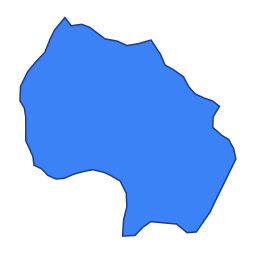 outline of São Sebastião de Lagoa de Roça, Paraíba, Brazil, rotated 182°
{"feature_id": "56859067B7602471111252", "entity_name": "São Sebastião de Lagoa de Roça", "entity_type": "district", "adm_level": 2, "iso_a3": "BRA", "parent_name": "Brazil", "parent_adm1": "Paraíba", "projection": "natural_earth1", "projection_center": [-35.852, -7.089], "detail": "fine", "context": "isolated", "style": "filled", "palette": "blue", "viewbox_px": 256, "rotation_deg": 182, "n_neighbors": 0, "source": "geoboundaries", "source_scale": "gbopen_adm2", "svg_char_len": 856}
<svg xmlns="http://www.w3.org/2000/svg" viewBox="0 0 256 256"><g transform="rotate(182 128 128)"><path d="M129.6,19.8L117.2,20.9L109.9,29.2L102.0,35.2L91.5,34.6L76.0,33.7L65.3,25.4L56.1,26.5L43.0,46.9L39.7,54.7L19.1,100.8L21.7,111.1L27.0,120.0L33.8,123.8L43.3,131.5L43.3,142.2L37.3,152.8L44.6,158.0L53.3,160.7L62.1,164.4L68.8,171.4L74.4,181.1L84.8,188.0L93.2,192.1L97.9,202.4L108.0,216.7L121.1,212.5L132.0,210.4L141.9,214.5L154.2,216.3L169.9,227.3L177.8,230.0L188.3,228.2L194.9,236.2L204.9,223.2L208.9,214.3L213.8,200.6L222.2,191.2L230.1,181.0L236.9,165.8L236.9,151.5L232.4,144.5L230.6,135.7L230.1,124.1L229.8,112.0L222.2,96.7L220.6,87.5L213.0,84.2L206.5,77.9L198.2,74.5L190.3,75.4L180.3,80.1L169.8,83.3L161.8,85.1L150.3,82.8L143.2,79.7L134.0,74.7L127.5,63.0L126.4,49.1L129.2,36.3L129.6,19.8Z" fill="#3b82f6" stroke="#1e3a8a" stroke-width="1.5"/></g></svg>